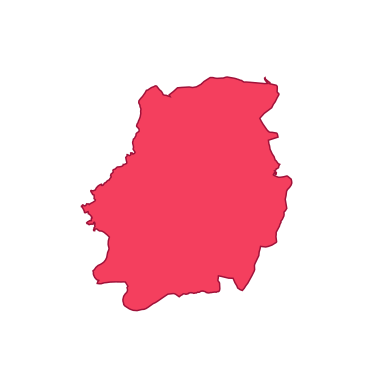 the district of Antsirabe I, Vakinankaratra, Madagascar, rotated 56°
{"feature_id": "10022922B38771191417556", "entity_name": "Antsirabe I", "entity_type": "district", "adm_level": 2, "iso_a3": "MDG", "parent_name": "Madagascar", "parent_adm1": "Vakinankaratra", "projection": "robinson", "projection_center": [47.02, -19.882], "detail": "fine", "context": "isolated", "style": "filled", "palette": "rose", "viewbox_px": 384, "rotation_deg": 56, "n_neighbors": 0, "source": "geoboundaries", "source_scale": "gbopen_adm2", "svg_char_len": 6089}
<svg xmlns="http://www.w3.org/2000/svg" viewBox="0 0 384 384"><g transform="rotate(56 192 192)"><path d="M152.3,62.4L151.6,62.3L150.6,62.5L145.7,67.0L144.8,66.2L144.1,66.6L139.5,68.0L138.1,67.5L138.2,68.2L139.3,68.7L140.6,68.8L144.4,68.4L142.8,71.1L133.7,82.3L130.9,85.9L130.1,87.3L128.2,88.3L127.4,88.4L126.2,89.6L124.5,90.7L124.0,91.2L122.5,92.3L121.2,93.5L116.3,98.6L115.6,100.2L115.0,102.5L114.1,103.8L112.2,107.0L111.8,107.7L110.3,109.4L108.9,110.6L107.3,112.9L107.1,120.3L107.6,123.0L107.5,123.4L107.8,123.9L107.3,129.5L105.7,133.1L103.4,135.6L99.4,142.3L97.5,145.8L98.3,151.2L98.7,156.6L100.7,156.8L99.3,158.0L97.3,159.4L96.5,160.6L95.1,161.5L93.8,161.2L91.4,161.1L89.0,161.8L84.4,162.1L83.6,162.9L83.4,163.5L83.3,165.0L82.9,166.3L82.7,167.7L82.7,171.7L82.6,172.3L82.2,172.9L83.5,175.4L85.1,179.5L85.7,182.0L86.6,184.8L87.4,185.6L88.4,186.3L90.8,186.6L92.4,187.4L94.0,187.7L95.0,188.2L96.3,189.4L98.2,190.5L100.9,193.1L102.6,195.6L103.0,196.4L104.4,198.1L104.7,199.1L105.9,200.7L106.7,201.2L109.8,200.7L110.8,201.0L111.5,201.5L112.1,202.1L112.2,204.7L112.4,205.6L112.8,206.1L113.6,206.6L114.2,207.3L114.4,208.0L115.2,209.3L115.4,210.5L115.4,211.0L116.8,212.4L117.1,212.9L117.7,213.5L118.8,214.1L120.9,214.8L121.9,215.3L122.6,215.8L123.3,216.7L123.6,216.9L126.5,216.9L127.3,217.0L127.5,217.4L127.8,218.1L127.6,219.6L127.2,220.0L126.9,219.5L126.1,219.8L125.3,221.0L125.6,221.2L126.2,221.4L126.9,222.1L127.0,222.5L126.9,223.4L126.2,223.9L124.9,224.6L124.7,224.9L125.5,225.3L125.8,225.8L126.3,227.6L129.8,229.1L130.7,229.3L131.6,230.0L131.7,230.5L131.4,232.4L131.1,233.2L130.7,233.6L131.3,234.2L131.5,234.7L131.4,236.1L130.4,238.4L129.6,239.7L129.5,240.5L130.0,242.7L129.5,244.8L129.9,245.5L130.8,245.8L131.6,246.6L131.9,249.2L133.1,250.5L133.7,250.2L134.3,250.6L134.7,251.5L134.9,252.4L135.7,253.8L135.4,254.6L135.5,257.0L135.9,257.6L135.9,258.5L135.7,259.0L135.8,259.8L136.6,261.8L136.6,262.4L136.0,263.2L135.5,262.8L135.1,262.6L134.9,262.7L134.6,263.9L134.5,265.7L134.5,266.5L135.1,269.0L136.2,271.0L135.8,273.2L135.1,274.1L134.3,274.7L134.3,275.1L134.9,275.5L136.2,275.6L136.6,275.7L137.4,275.4L137.8,275.5L138.4,275.8L139.0,275.5L139.7,274.9L140.0,275.0L140.9,275.6L141.7,276.0L142.5,276.8L142.9,276.9L144.3,276.4L144.6,276.6L144.9,277.0L145.1,277.5L145.1,280.4L144.8,282.0L144.9,282.7L144.7,283.5L144.9,284.3L144.0,284.5L143.8,284.7L143.5,285.3L142.9,285.8L143.0,286.2L143.7,287.4L143.6,288.6L143.2,289.0L141.9,289.5L141.6,289.7L141.6,290.2L141.9,290.6L141.9,291.6L142.3,291.8L142.7,291.0L143.0,291.0L143.5,291.6L144.9,291.6L147.8,292.0L148.3,292.4L149.1,292.5L149.5,292.2L149.6,291.8L149.6,291.1L150.0,290.7L149.9,289.8L150.1,289.2L150.7,289.3L151.3,289.6L152.0,290.1L152.6,289.7L154.2,289.2L155.3,289.2L155.7,289.0L156.2,288.9L156.5,289.2L157.6,289.3L157.5,290.1L158.0,290.3L158.5,291.0L159.4,291.5L159.2,292.0L158.6,292.7L158.4,295.4L158.7,296.6L159.4,296.7L159.7,296.6L160.4,295.9L161.4,295.7L161.6,295.5L161.8,294.2L162.3,293.8L162.4,293.1L163.2,292.3L163.3,291.8L163.1,291.2L162.5,290.9L162.3,290.6L162.4,289.9L162.7,289.8L163.9,290.1L164.4,290.4L164.9,291.2L166.2,291.6L166.4,291.8L166.9,293.2L167.8,294.0L168.4,294.9L169.0,295.0L169.4,294.9L169.6,294.3L169.1,294.3L168.7,294.0L168.6,293.5L169.0,292.0L169.6,291.5L170.8,291.2L172.5,290.5L173.7,288.9L174.7,288.2L176.1,287.5L180.1,286.3L183.2,285.7L185.6,288.6L188.5,290.8L190.1,291.5L191.9,292.1L192.7,292.6L193.5,293.5L195.0,295.8L198.6,299.3L200.0,301.7L200.8,304.3L200.9,306.3L200.8,308.5L200.4,310.9L200.8,313.9L201.8,316.4L202.0,318.2L203.7,318.8L204.7,319.6L205.9,320.0L208.5,320.4L211.0,320.1L212.0,319.7L213.1,318.8L213.8,320.5L214.8,321.7L216.0,320.4L217.2,318.7L218.2,315.5L219.2,313.7L220.8,310.4L223.9,305.4L227.0,301.0L228.2,299.0L229.4,297.6L234.3,297.8L235.0,299.4L236.5,299.8L237.6,300.6L238.2,301.3L238.8,302.5L239.1,304.2L240.2,306.9L242.5,309.4L244.0,310.3L245.6,310.8L247.2,311.5L248.8,311.4L253.8,309.3L255.2,308.4L257.2,306.9L259.6,303.9L261.3,299.4L262.4,297.4L262.9,295.4L263.0,292.9L262.8,286.8L263.2,284.2L263.3,281.8L263.2,275.0L263.2,269.1L265.4,264.9L266.2,263.7L267.3,262.9L267.9,262.6L271.7,261.2L271.5,259.1L271.7,257.3L271.5,256.5L271.6,256.1L272.4,255.0L273.2,254.4L273.7,253.5L274.2,252.0L273.9,251.5L274.3,250.7L274.3,250.0L274.6,249.5L275.1,249.2L275.1,248.8L275.6,248.2L276.9,247.3L277.2,246.8L277.3,246.2L278.1,244.9L278.2,243.3L278.9,242.5L279.2,241.8L279.2,240.3L279.6,239.3L279.9,239.1L280.1,238.3L281.0,237.7L282.2,236.6L283.4,236.4L283.9,235.6L284.5,235.3L284.8,234.9L285.7,233.2L285.7,232.8L286.4,231.9L286.5,231.4L287.7,229.0L288.4,228.2L288.7,227.7L288.7,226.8L289.3,225.9L289.3,224.8L288.7,223.9L287.7,223.0L282.9,220.1L281.9,220.0L280.0,220.1L278.8,219.2L278.0,218.3L277.1,217.7L276.3,217.0L278.0,215.2L283.8,209.9L286.5,206.2L291.2,207.1L294.9,207.3L297.1,207.8L299.9,206.7L301.8,205.3L301.0,202.5L299.8,199.8L298.8,196.8L294.8,189.0L292.4,184.8L291.4,183.5L287.9,181.4L286.8,180.2L282.1,172.2L279.2,169.8L277.3,167.5L275.4,165.6L278.8,161.6L279.8,159.1L280.7,155.5L280.9,150.4L280.6,149.7L276.0,147.4L274.1,145.8L272.5,144.8L269.2,138.6L268.1,137.4L266.9,135.2L265.9,134.6L265.2,132.5L263.3,129.3L262.2,128.3L260.4,127.2L259.9,126.5L259.8,125.3L258.6,122.6L250.2,118.8L247.5,116.0L244.3,113.2L243.4,111.6L242.7,108.5L241.7,106.0L240.6,104.5L239.8,103.9L238.4,103.2L236.8,102.6L232.5,103.9L231.8,104.3L230.6,107.6L229.4,110.1L228.4,111.8L227.6,112.5L226.1,113.5L223.8,114.9L223.2,115.0L222.1,112.9L222.3,112.6L223.5,113.0L224.0,113.0L224.2,112.8L224.3,112.5L224.2,112.1L223.8,111.9L223.3,111.3L222.3,111.3L220.6,111.8L220.6,110.5L220.5,109.9L219.9,109.1L220.3,108.0L220.2,106.7L219.7,106.1L219.2,105.8L218.2,104.1L218.1,103.8L216.7,104.7L213.4,104.8L212.7,104.9L212.1,105.2L208.5,104.2L205.2,104.2L200.2,103.4L197.1,101.9L195.2,101.4L191.8,99.7L194.6,90.0L192.5,89.1L191.3,88.8L190.5,88.9L187.5,92.0L186.1,93.9L185.4,94.5L184.4,94.6L184.1,94.9L182.4,95.1L175.4,95.2L172.0,95.0L168.8,94.6L167.2,88.3L166.7,78.8L164.8,75.5L163.7,72.5L161.7,69.1L159.9,65.5L158.8,65.0L157.5,65.5L156.3,65.3L154.0,63.5L152.3,62.4Z" fill="#f43f5e" stroke="#9f1239" stroke-width="1.5"/></g></svg>